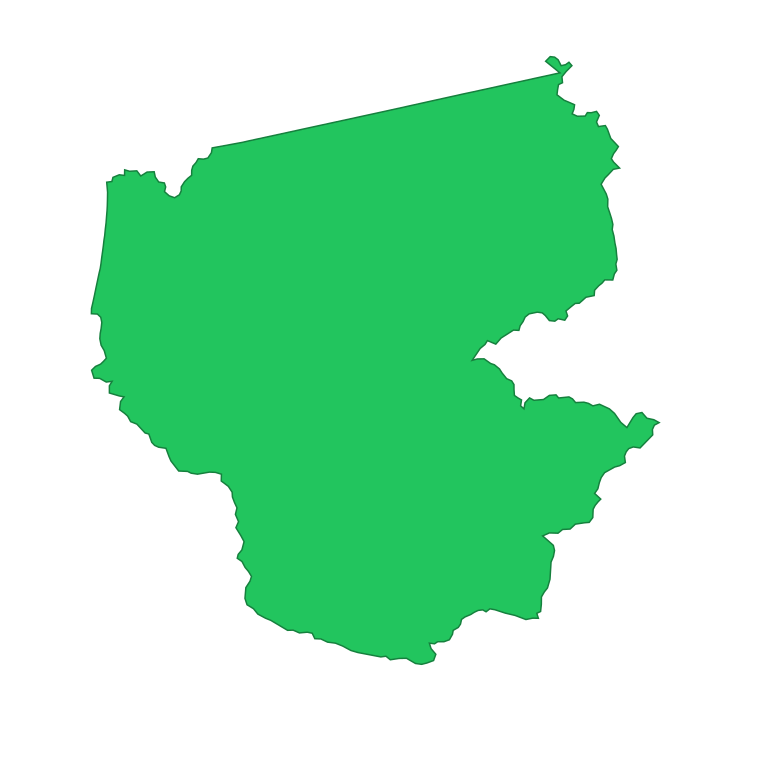 outline of Guaratuba, Paraná, Brazil, rotated 167°
{"feature_id": "56859067B52183991417177", "entity_name": "Guaratuba", "entity_type": "district", "adm_level": 2, "iso_a3": "BRA", "parent_name": "Brazil", "parent_adm1": "Paraná", "projection": "orthographic", "projection_center": [-48.788, -25.795], "detail": "fine", "context": "isolated", "style": "filled", "palette": "green", "viewbox_px": 768, "rotation_deg": 167, "n_neighbors": 0, "source": "geoboundaries", "source_scale": "gbopen_adm2", "svg_char_len": 4299}
<svg xmlns="http://www.w3.org/2000/svg" viewBox="0 0 768 768"><g transform="rotate(167 384 384)"><path d="M489.6,142.4L483.4,138.1L476.2,131.8L469.8,128.2L448.5,118.8L443.3,118.3L439.9,113.9L431.0,113.2L423.8,111.7L416.2,104.6L410.4,102.4L404.9,102.5L397.9,103.4L394.3,109.0L397.7,115.6L398.1,121.3L393.2,119.5L389.7,120.8L383.5,119.4L377.8,120.1L373.6,124.7L372.0,128.4L366.4,130.1L363.5,132.8L361.4,137.2L357.5,138.8L351.3,139.9L347.3,141.3L343.2,142.2L338.6,141.7L335.8,139.1L331.4,141.1L326.7,139.1L317.4,133.5L308.3,129.0L298.7,122.6L291.8,122.4L286.3,121.0L286.7,126.2L282.6,127.1L280.2,134.1L278.5,141.1L274.6,145.3L270.6,148.5L266.2,156.4L264.2,163.1L262.8,167.8L261.3,172.9L257.7,177.9L255.3,183.4L255.3,188.7L263.6,200.3L256.4,201.7L248.0,199.5L242.7,202.1L235.3,200.8L229.1,204.4L220.0,203.7L215.2,203.0L210.6,206.9L208.4,214.9L205.6,218.2L202.0,221.0L198.7,223.1L203.4,230.0L199.2,233.8L196.4,239.4L193.4,244.0L189.0,248.0L178.0,251.2L172.7,251.4L166.5,253.2L165.9,259.7L163.3,263.4L160.1,266.0L155.3,266.6L148.9,264.1L133.6,274.0L132.7,279.3L129.8,283.1L124.6,284.5L129.1,288.5L135.5,291.5L139.1,298.2L145.0,298.3L148.9,295.3L157.1,286.9L161.9,293.3L166.0,303.5L170.0,309.1L178.6,315.8L185.4,315.7L189.1,319.1L193.3,321.3L201.5,322.8L203.7,327.1L206.7,329.8L217.0,331.1L218.8,334.7L225.4,335.7L232.1,333.0L241.6,334.4L245.3,337.7L250.8,334.0L253.2,328.3L255.8,332.0L253.6,337.5L256.7,340.4L259.5,343.5L258.6,349.3L257.5,354.2L258.9,358.3L263.3,361.6L266.5,368.2L268.1,372.7L272.1,377.9L275.5,380.0L280.8,386.0L287.4,387.4L292.8,387.2L282.3,397.0L276.7,399.8L273.5,403.0L266.1,397.7L259.5,402.5L245.7,407.4L240.5,405.9L238.2,410.2L234.5,413.5L231.4,417.5L226.8,419.7L218.4,419.5L213.8,417.7L211.4,414.4L208.6,408.6L203.4,406.8L199.6,408.4L193.5,405.5L189.8,409.0L190.3,414.2L184.2,417.3L179.6,419.5L175.5,418.8L167.7,423.1L159.3,422.9L157.7,428.0L152.7,431.4L148.6,433.4L145.5,435.8L137.7,433.9L134.8,439.4L131.5,442.5L131.1,448.8L128.8,453.0L128.3,457.5L127.4,463.9L127.3,469.3L126.7,476.4L126.9,483.1L125.1,488.0L125.1,493.9L125.5,499.1L126.2,506.4L124.3,513.8L124.7,519.1L127.5,529.8L122.4,535.0L118.7,537.3L112.3,541.6L105.9,541.4L110.4,548.6L111.8,552.4L108.5,556.8L105.3,559.5L102.2,562.6L104.6,566.8L107.8,572.2L109.0,582.0L110.2,586.0L117.1,586.6L118.0,591.5L113.8,597.3L115.6,601.8L121.1,601.7L124.8,602.7L127.7,599.8L135.4,601.4L139.9,604.9L137.2,608.9L135.5,613.2L140.4,616.9L144.7,620.0L150.4,626.9L148.7,631.6L146.6,636.5L142.3,637.4L141.5,643.4L136.1,647.6L129.3,651.9L131.4,655.9L135.2,654.3L139.8,654.3L141.4,660.7L144.2,664.1L148.4,665.6L153.9,662.1L142.6,647.6L231.4,648.6L242.8,648.8L247.8,648.8L255.9,648.9L322.1,649.5L461.5,651.3L467.5,651.3L498.3,652.7L500.1,648.2L504.8,643.8L509.3,643.7L514.3,645.3L517.3,642.1L521.2,639.3L523.3,635.5L524.5,630.6L528.7,628.6L532.8,626.0L537.2,621.7L538.2,617.7L540.8,614.4L546.1,612.6L551.0,615.7L554.6,620.8L552.4,625.1L552.8,629.3L558.1,631.5L560.3,637.1L560.2,642.5L567.2,643.8L574.2,641.4L576.9,647.3L584.0,648.5L588.5,651.0L589.9,645.6L594.9,647.4L601.6,646.3L603.6,642.5L608.8,643.0L610.2,633.0L612.2,625.0L613.6,619.6L614.9,615.1L616.6,609.8L618.6,603.4L620.7,597.6L622.7,591.6L624.5,587.1L626.3,582.0L628.4,576.4L630.6,570.7L632.7,564.9L634.5,560.4L636.7,556.0L640.0,548.9L642.8,542.9L646.0,535.9L649.2,529.1L652.0,523.4L653.3,518.3L647.5,516.6L645.0,512.8L645.1,507.5L647.1,501.8L649.1,497.2L650.7,492.0L650.9,485.4L649.1,479.5L648.7,471.6L652.3,469.1L655.7,467.1L661.2,466.0L665.8,463.2L665.2,454.9L659.8,453.5L654.2,448.4L648.3,447.8L652.0,444.0L653.6,437.0L644.6,431.9L640.2,430.0L644.6,426.2L647.4,418.5L643.4,413.8L641.0,410.4L639.3,404.3L633.8,400.5L627.8,390.0L624.4,388.2L623.4,379.4L621.3,375.8L617.8,373.1L610.9,370.4L609.8,361.7L608.9,356.9L603.6,345.4L595.0,343.0L592.0,340.5L586.0,338.1L573.8,337.4L568.1,335.8L562.7,332.7L564.4,326.1L558.7,319.3L556.3,312.7L557.1,308.0L556.3,302.0L555.1,296.4L558.1,290.4L556.7,282.6L560.6,277.3L557.6,268.5L555.8,261.9L559.8,254.3L564.4,250.8L566.2,247.2L562.3,243.0L560.6,236.5L558.2,231.8L556.4,226.3L558.9,222.0L564.4,216.7L567.7,206.4L567.1,199.7L561.7,194.4L558.7,188.2L552.2,182.5L547.5,179.2L533.4,165.7L527.9,164.6L522.4,160.5L514.5,159.4L510.0,157.3L508.7,151.4L502.9,149.8L497.1,145.2L489.6,142.4Z" fill="#22c55e" stroke="#15803d" stroke-width="1.5"/></g></svg>